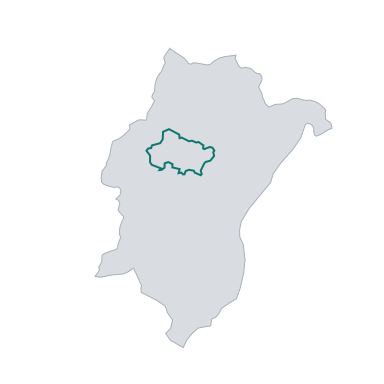 where Plovdiv sits in Bulgaria, rotated 118°
{"feature_id": "BGR-2235", "entity_name": "Plovdiv", "entity_type": "Province", "adm_level": 1, "iso_a3": "BGR", "parent_name": "Bulgaria", "parent_adm1": "", "projection": "orthographic", "projection_center": [24.881, 42.293], "detail": "coarse", "context": "in_parent", "style": "outline", "palette": "teal", "viewbox_px": 384, "rotation_deg": 118, "n_neighbors": 0, "source": "natural_earth", "source_scale": "10m", "svg_char_len": 2904}
<svg xmlns="http://www.w3.org/2000/svg" viewBox="0 0 384 384"><g transform="rotate(118 192 192)"><path d="M312.0,238.0L305.7,237.1L303.6,237.5L302.2,239.1L299.3,238.9L295.7,239.0L292.0,240.9L289.9,241.7L287.1,240.2L281.8,235.5L278.6,232.2L276.2,231.4L273.9,232.5L265.5,233.8L263.6,235.9L259.8,238.1L255.9,239.3L250.3,240.1L247.4,240.1L245.7,241.2L244.4,244.4L243.5,247.5L242.7,248.8L235.7,250.5L234.2,252.3L233.8,254.0L234.0,255.8L228.4,254.2L224.1,255.4L223.1,256.7L222.2,258.7L222.7,260.7L224.4,262.7L225.9,268.0L226.6,273.4L225.7,276.5L222.5,278.7L215.9,281.2L209.4,280.1L206.5,281.1L201.7,281.5L197.3,282.2L190.6,284.4L184.5,285.7L178.9,281.3L172.4,278.2L165.6,276.4L163.2,277.7L162.1,278.8L156.4,274.8L153.9,273.4L152.6,271.8L150.3,266.5L148.8,266.3L144.1,268.3L139.6,268.2L136.8,267.8L128.7,267.9L127.6,271.5L126.6,272.1L124.8,272.6L120.5,272.3L115.0,274.9L109.0,276.4L104.4,276.4L99.6,275.5L96.7,276.1L90.6,276.2L86.6,280.1L80.5,279.7L75.4,278.9L76.0,277.7L77.4,262.2L80.1,255.4L80.0,253.9L79.5,252.8L77.3,251.7L75.8,247.9L72.6,238.0L70.8,235.9L65.6,233.7L61.1,230.8L57.3,226.9L50.5,217.4L54.1,216.6L55.2,214.8L58.9,209.8L59.4,207.3L59.1,205.9L56.8,203.3L55.3,198.0L56.7,193.0L56.8,190.4L55.7,187.9L57.1,184.7L59.7,183.1L61.3,182.6L68.0,182.5L72.5,176.2L75.1,174.3L77.8,170.7L79.1,169.5L80.3,166.7L80.8,163.8L75.6,159.7L73.8,156.7L71.6,153.3L68.4,150.9L62.1,146.8L59.7,142.7L58.7,137.5L57.2,133.5L55.4,130.9L55.1,128.8L54.4,126.2L54.3,121.2L56.1,114.6L57.1,112.2L59.3,111.7L65.1,108.2L65.5,103.7L66.6,100.9L68.5,99.3L70.2,98.3L73.2,101.0L80.7,105.4L84.4,108.5L84.1,110.5L82.4,112.3L79.0,114.1L77.0,116.5L76.4,119.5L76.9,121.7L79.1,123.6L92.9,121.4L106.7,122.9L125.4,127.3L137.8,128.9L146.9,127.0L163.9,130.6L179.7,133.8L194.9,134.7L203.4,132.1L209.3,128.6L214.3,122.1L226.9,113.4L239.0,108.4L254.9,104.2L265.6,102.6L267.1,103.9L280.9,111.3L287.0,111.2L292.0,112.4L293.8,114.4L295.1,114.9L301.5,112.7L304.6,116.9L309.3,122.7L317.1,125.5L324.1,127.0L326.3,127.1L333.5,126.7L333.1,141.7L329.1,148.9L322.4,146.8L314.1,149.1L310.0,157.2L307.5,159.6L305.3,162.4L304.2,172.8L304.5,189.6L301.3,191.8L298.4,192.5L286.6,207.8L293.8,211.7L297.1,214.8L302.6,223.4L310.4,233.1L312.0,238.0Z" fill="#d9dde1" stroke="#a8b0b8" stroke-width="1"/><path d="M173.1,192.2L173.6,198.8L172.3,200.3L173.8,205.0L176.3,207.4L179.9,207.0L180.7,208.2L179.8,210.4L181.7,212.7L177.6,213.7L179.5,220.9L176.6,222.3L176.7,227.0L179.5,229.6L183.5,227.7L186.7,229.2L187.8,230.9L185.7,230.4L186.9,240.4L185.3,243.1L179.6,246.0L176.9,251.6L174.1,251.1L172.4,248.7L169.6,249.2L163.8,243.0L159.3,242.6L152.4,245.8L147.3,241.8L147.3,230.3L150.3,228.2L148.8,226.7L148.6,218.4L146.7,216.2L146.4,211.6L144.8,209.8L145.5,203.7L148.2,202.8L148.5,201.4L143.9,197.5L143.3,194.6L145.0,191.7L146.9,191.9L149.8,189.4L155.7,190.5L159.1,194.1L161.3,194.6L169.1,194.3L171.7,191.8L173.1,192.2Z" fill="none" stroke="#0f766e" stroke-width="2"/></g></svg>